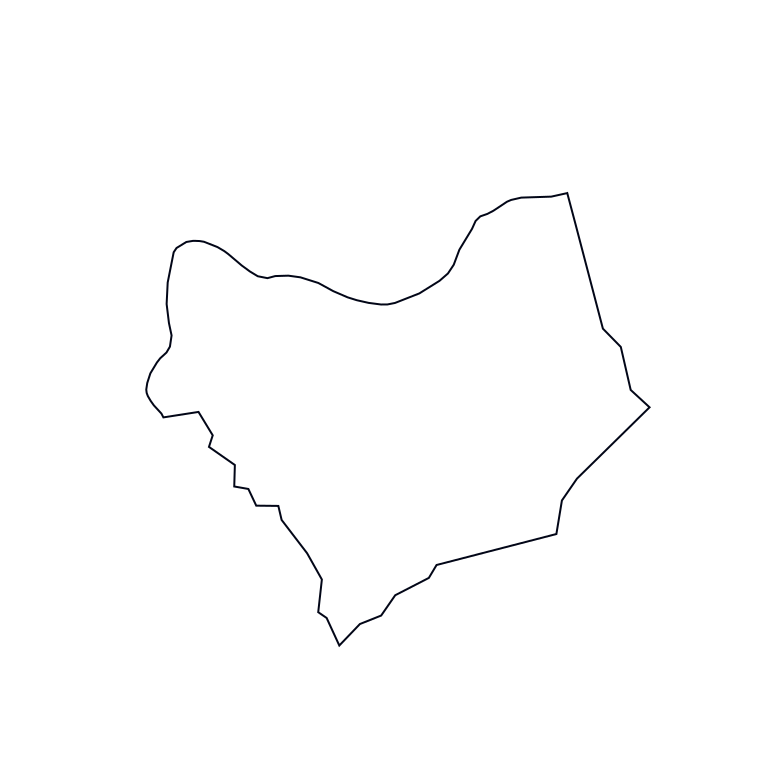 Greenup, Kentucky, United States of America (orthographic projection), rotated 297°
{"feature_id": "52423323B79088565472709", "entity_name": "Greenup", "entity_type": "district", "adm_level": 2, "iso_a3": "USA", "parent_name": "United States of America", "parent_adm1": "Kentucky", "projection": "orthographic", "projection_center": [-82.912, 38.565], "detail": "fine", "context": "isolated", "style": "outline", "palette": "ink", "viewbox_px": 768, "rotation_deg": 297, "n_neighbors": 0, "source": "geoboundaries", "source_scale": "gbopen_adm2", "svg_char_len": 1222}
<svg xmlns="http://www.w3.org/2000/svg" viewBox="0 0 768 768"><g transform="rotate(297 384 384)"><path d="M637.3,460.6L637.2,460.5L626.9,448.0L612.4,421.7L605.7,413.7L602.2,410.8L588.0,402.8L582.4,398.8L577.1,393.7L570.9,391.6L562.2,392.0L537.9,390.2L521.9,392.0L511.5,390.8L501.1,386.6L485.0,376.9L480.8,374.4L461.2,357.0L456.4,350.9L453.5,345.3L449.3,333.5L446.3,321.7L444.7,312.2L443.7,296.6L444.2,279.6L441.1,261.1L437.1,249.6L430.8,238.1L425.4,232.1L422.7,222.6L423.4,213.3L425.0,203.5L429.1,186.1L429.9,181.4L430.4,173.5L429.0,159.0L427.7,154.9L426.0,151.2L424.8,148.8L420.8,143.4L411.0,137.4L405.9,136.8L376.2,145.2L356.6,154.0L340.7,164.7L330.8,172.7L320.1,176.3L313.3,175.9L305.3,172.9L300.0,171.9L287.4,171.0L277.4,172.6L271.1,174.7L268.3,176.6L268.1,176.8L266.0,179.1L263.0,183.8L260.5,188.6L256.6,199.1L254.1,202.6L274.9,231.4L260.5,254.7L248.5,256.6L244.1,287.9L224.7,297.1L228.9,310.8L217.6,325.4L227.4,345.2L216.4,354.5L198.3,392.3L181.6,417.4L150.8,429.0L149.5,439.1L130.7,462.9L159.2,471.5L176.4,486.6L200.9,489.9L231.6,512.0L246.6,513.0L328.6,605.7L361.0,595.4L387.3,598.9L483.8,631.2L490.7,606.5L524.5,578.2L532.7,553.9L613.1,482.3L637.3,460.6Z" fill="none" stroke="#020617" stroke-width="2"/></g></svg>